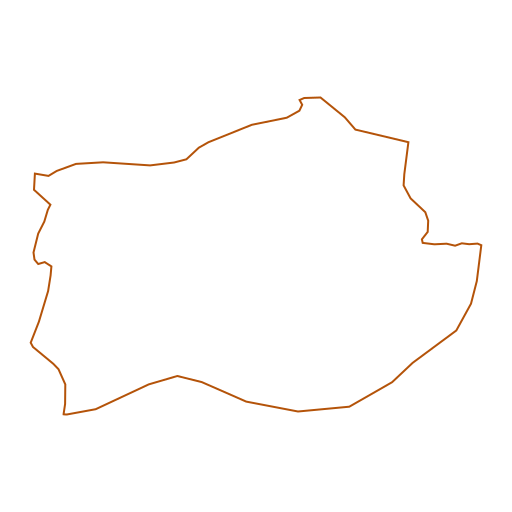 the Municipality of Ilirska Bistrica
{"feature_id": "SVN-954", "entity_name": "Ilirska Bistrica", "entity_type": "Municipality", "adm_level": 1, "iso_a3": "SVN", "parent_name": "Slovenia", "parent_adm1": "", "projection": "orthographic", "projection_center": [14.269, 45.573], "detail": "fine", "context": "isolated", "style": "outline", "palette": "amber", "viewbox_px": 512, "rotation_deg": 0, "n_neighbors": 0, "source": "natural_earth", "source_scale": "10m", "svg_char_len": 961}
<svg xmlns="http://www.w3.org/2000/svg" viewBox="0 0 512 512"><path d="M481.3,245.2L476.8,281.1L471.0,303.7L456.3,330.5L412.7,362.8L392.1,382.2L349.3,406.7L298.0,411.5L246.2,401.6L201.8,382.1L177.3,376.0L148.7,384.4L95.7,409.2L66.8,414.5L64.2,414.4L63.6,414.3L63.6,414.0L65.1,404.0L65.3,384.4L58.5,369.2L53.3,363.8L33.0,347.0L30.7,342.7L38.9,321.7L48.1,291.1L50.6,275.4L51.4,266.4L44.7,262.1L38.2,264.0L34.5,259.6L33.5,252.5L38.2,233.6L44.3,221.6L47.8,209.9L50.4,204.7L34.0,189.8L34.9,173.6L48.5,175.9L56.8,170.9L76.0,163.9L103.1,162.3L150.1,165.4L174.1,162.5L186.4,159.3L198.8,147.7L208.5,142.2L251.8,124.8L286.8,117.7L299.4,110.7L302.2,104.8L299.6,100.0L304.2,98.0L320.5,97.5L344.8,117.3L355.4,129.6L408.4,142.2L404.3,174.2L403.6,185.4L410.6,198.4L425.3,212.2L428.2,220.7L427.7,231.9L421.9,239.3L422.7,242.9L434.4,244.3L446.6,243.7L455.1,245.7L461.8,243.3L469.2,244.2L477.5,243.6L480.8,245.0L481.3,245.2Z" fill="none" stroke="#b45309" stroke-width="2"/></svg>